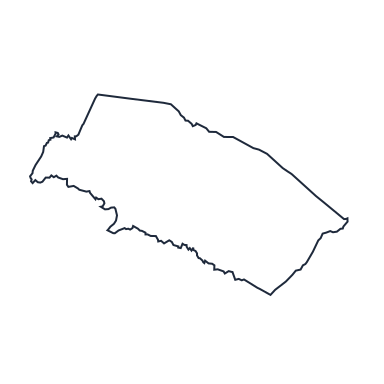 Lares, Puerto Rico, rotated 115°
{"feature_id": "32010507B37684321987765", "entity_name": "Lares", "entity_type": "district", "adm_level": 2, "iso_a3": "PRI", "parent_name": "Puerto Rico", "parent_adm1": "", "projection": "orthographic", "projection_center": [-66.852, 18.269], "detail": "fine", "context": "isolated", "style": "outline", "palette": "slate", "viewbox_px": 384, "rotation_deg": 115, "n_neighbors": 0, "source": "geoboundaries", "source_scale": "gbopen_adm2", "svg_char_len": 2488}
<svg xmlns="http://www.w3.org/2000/svg" viewBox="0 0 384 384"><g transform="rotate(115 192 192)"><path d="M249.3,107.9L251.2,92.1L251.2,89.7L252.1,77.4L245.5,75.3L233.5,69.1L224.6,66.0L219.4,64.7L216.4,60.8L211.6,60.5L209.4,58.8L207.1,58.3L195.1,57.2L182.5,57.1L179.5,55.9L174.5,56.0L174.3,55.8L172.1,53.2L169.0,50.2L168.9,47.2L166.7,43.9L162.6,41.9L161.4,39.9L159.3,40.2L153.1,38.5L150.2,40.0L151.0,40.7L151.5,41.3L152.3,42.8L145.7,68.2L143.3,77.9L133.7,109.0L133.4,110.6L133.0,113.7L132.0,119.9L125.7,140.1L125.3,149.2L125.7,151.6L126.3,154.9L125.2,171.5L124.8,178.0L128.6,186.3L127.4,195.5L130.2,201.9L128.2,206.0L127.9,217.0L129.4,217.0L129.7,217.0L132.0,219.1L130.4,221.1L129.1,225.7L130.0,228.1L128.0,230.7L127.1,234.6L124.5,238.1L123.3,242.1L121.4,248.2L123.2,255.5L133.3,286.7L143.4,318.5L145.3,319.0L148.2,319.3L176.2,319.1L177.8,319.6L183.5,319.4L188.1,319.2L190.4,320.4L191.1,321.7L193.7,320.3L193.8,323.7L195.3,323.9L193.0,327.9L195.5,328.3L195.7,333.4L198.1,335.5L198.7,338.0L196.2,337.3L195.2,338.6L195.6,340.9L196.7,340.3L201.1,340.5L203.1,343.3L204.4,342.4L205.6,343.7L208.0,343.3L208.9,344.3L211.8,344.3L213.0,345.5L218.6,343.8L223.5,343.7L233.7,345.2L240.0,345.3L242.4,344.5L246.2,345.4L247.6,344.1L248.3,342.7L250.3,342.4L251.3,340.2L247.4,339.0L248.3,335.9L247.6,333.5L245.9,331.9L240.8,330.7L239.2,327.2L236.4,326.5L237.0,323.5L234.5,321.8L235.4,319.4L234.9,314.3L232.9,310.8L238.3,308.4L239.6,306.2L236.5,301.8L237.0,296.8L237.6,295.1L236.3,287.9L234.5,285.3L235.9,284.0L239.4,276.4L237.6,276.5L238.1,273.8L236.3,271.2L237.6,267.9L239.3,266.6L242.7,266.9L243.9,268.4L244.5,263.5L242.8,260.5L240.4,258.8L238.8,256.0L239.6,254.3L244.9,250.1L250.0,248.8L253.8,249.3L257.9,251.3L261.9,252.2L262.4,252.4L262.6,246.0L262.0,244.5L257.9,242.3L253.2,237.8L253.5,236.1L252.2,234.2L252.2,232.2L249.9,230.7L247.7,231.0L248.1,225.5L249.0,223.0L248.4,221.0L248.5,217.0L250.1,216.2L249.2,214.4L249.3,210.9L247.2,206.1L249.7,202.6L251.1,201.7L249.3,199.4L250.4,195.6L245.4,192.2L245.8,189.2L247.9,186.4L247.1,181.4L248.2,181.0L247.6,178.5L242.9,178.7L243.2,176.6L242.4,174.5L243.8,173.8L245.7,170.9L243.8,170.3L245.3,167.7L241.8,167.2L243.9,166.6L244.0,163.8L245.5,161.5L247.3,160.7L249.1,158.1L248.7,156.8L249.7,153.6L250.9,152.1L251.2,150.8L248.7,151.1L249.7,146.8L248.5,143.4L249.0,140.7L253.0,139.0L251.2,136.0L250.6,129.8L252.0,127.8L248.2,125.3L247.7,122.5L247.4,121.5L253.3,115.7L251.0,112.9L251.0,109.6L249.3,107.9Z" fill="none" stroke="#1e293b" stroke-width="2"/></g></svg>